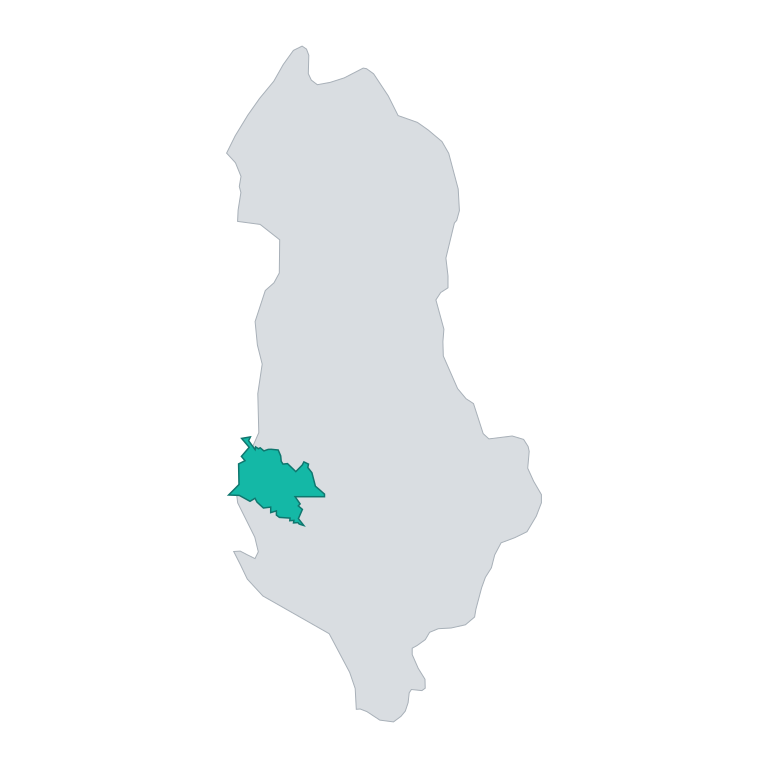 location of Fier, Fier, Albania
{"feature_id": "67620474B94080737422449", "entity_name": "Fier", "entity_type": "district", "adm_level": 2, "iso_a3": "ALB", "parent_name": "Albania", "parent_adm1": "Fier", "projection": "natural_earth1", "projection_center": [19.572, 40.718], "detail": "fine", "context": "in_parent", "style": "filled", "palette": "teal", "viewbox_px": 768, "rotation_deg": 0, "n_neighbors": 0, "source": "geoboundaries", "source_scale": "gbopen_adm2", "svg_char_len": 2206}
<svg xmlns="http://www.w3.org/2000/svg" viewBox="0 0 768 768"><path d="M237.6,221.4L238.1,210.2L240.9,192.5L239.3,186.5L241.0,176.4L235.5,162.8L226.6,153.1L235.2,135.8L247.9,115.0L259.6,98.4L273.8,81.2L283.2,64.6L293.4,50.4L302.1,46.1L306.5,49.1L308.8,55.3L308.3,73.7L311.3,80.1L317.3,84.7L330.1,82.4L344.2,77.9L363.2,68.1L366.5,68.7L373.6,73.8L388.3,96.0L398.1,115.6L417.4,122.4L428.2,130.0L442.0,141.6L448.7,153.3L458.2,189.0L459.4,210.6L456.7,220.4L454.4,223.0L445.9,258.1L448.0,276.0L448.0,287.8L440.7,292.5L435.9,299.9L443.9,329.2L442.9,341.6L443.3,356.0L457.6,388.6L466.0,398.7L473.5,403.6L483.2,433.7L488.9,438.9L512.2,436.0L523.6,439.4L528.1,446.5L529.2,451.4L527.7,468.2L533.6,481.2L541.4,494.6L541.4,502.8L536.3,516.1L527.0,531.7L514.7,537.7L501.1,542.8L494.7,554.9L491.4,567.8L485.4,577.3L481.6,587.8L475.9,609.2L474.6,617.0L465.4,624.8L451.1,628.0L438.3,628.7L429.6,632.3L425.3,639.6L417.1,645.5L412.2,648.2L412.2,654.6L418.2,668.3L425.0,679.3L425.2,688.2L421.9,690.6L411.4,689.5L409.2,692.8L408.1,702.7L405.3,711.1L401.0,716.3L393.5,721.9L379.8,720.1L366.9,711.6L360.2,709.0L356.3,709.3L355.2,688.5L349.7,672.4L329.2,633.7L262.9,596.0L247.3,579.1L240.5,564.9L233.7,551.5L240.2,551.1L246.7,554.5L255.0,558.6L258.3,551.8L254.8,537.2L237.7,502.9L236.5,493.4L244.8,464.8L258.8,432.6L257.8,393.6L262.2,364.1L257.4,345.0L255.1,321.6L265.3,290.5L274.0,282.8L279.3,273.0L279.7,239.8L260.1,224.4L237.6,221.4Z" fill="#d9dde1" stroke="#a8b0b8" stroke-width="1"/><path d="M250.4,436.9L241.6,438.4L249.2,447.3L241.4,456.4L245.0,460.7L238.6,463.9L239.0,484.5L228.6,495.0L239.3,495.4L250.0,501.3L255.0,498.3L257.0,502.1L263.4,508.0L270.7,507.1L270.7,512.6L276.4,510.9L276.4,515.1L279.4,517.4L290.1,518.1L289.8,520.7L293.9,520.4L293.5,522.9L295.1,522.8L297.6,522.6L298.0,522.6L299.0,523.9L300.5,524.5L303.8,525.5L298.4,518.6L302.4,509.4L298.3,505.9L300.1,503.9L295.1,496.7L324.5,496.7L324.5,494.1L315.4,486.2L311.9,472.7L307.8,467.5L308.5,464.1L303.9,461.9L302.3,465.0L295.8,471.6L287.5,463.6L283.0,464.1L281.2,461.3L280.7,455.9L278.2,450.0L271.2,449.3L268.2,449.4L263.9,450.9L260.2,447.8L258.4,448.7L255.6,446.9L255.1,449.6L248.6,440.7L250.4,436.9Z" fill="#14b8a6" stroke="#0f766e" stroke-width="1.5"/></svg>